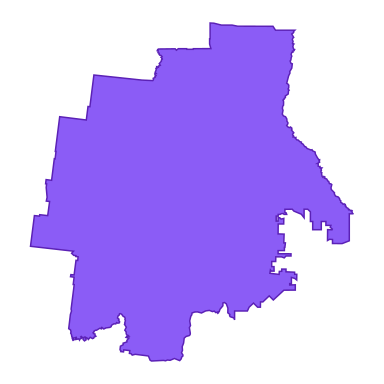 Horsham, Victoria, Australia
{"feature_id": "25037944B92361056365890", "entity_name": "Horsham", "entity_type": "district", "adm_level": 2, "iso_a3": "AUS", "parent_name": "Australia", "parent_adm1": "Victoria", "projection": "robinson", "projection_center": [142.219, -36.829], "detail": "fine", "context": "isolated", "style": "filled", "palette": "violet", "viewbox_px": 384, "rotation_deg": 0, "n_neighbors": 0, "source": "geoboundaries", "source_scale": "gbopen_adm2", "svg_char_len": 5933}
<svg xmlns="http://www.w3.org/2000/svg" viewBox="0 0 384 384"><path d="M93.9,75.0L89.9,106.7L88.0,106.5L86.3,120.0L59.7,116.7L55.3,151.4L56.0,151.4L55.1,158.9L54.3,158.7L51.6,180.3L46.1,179.6L45.6,183.8L46.6,183.9L46.2,187.5L47.1,197.3L46.3,201.1L49.6,201.5L47.7,215.6L39.7,214.7L39.5,216.1L34.4,215.6L30.5,246.3L73.5,251.2L71.6,253.3L73.8,255.4L75.9,255.6L75.8,256.5L78.1,256.8L77.7,260.5L76.0,260.3L74.1,274.9L70.9,274.6L70.5,276.7L74.1,277.2L73.2,284.5L74.2,284.6L71.1,309.1L71.5,311.0L70.4,314.4L68.7,328.7L70.5,329.9L71.0,331.8L70.7,333.2L71.4,334.4L71.9,337.0L72.6,337.4L72.2,338.2L72.9,340.2L72.5,340.7L74.2,339.7L72.8,338.6L76.2,337.3L76.5,338.0L75.7,338.8L75.8,339.5L78.7,338.9L79.5,340.0L79.7,339.2L81.2,338.5L81.4,337.6L80.7,336.9L81.2,336.4L81.8,336.8L81.9,337.9L83.2,337.6L83.1,339.5L84.5,340.9L86.1,339.8L85.9,338.4L84.8,337.7L85.0,337.0L87.5,338.3L88.3,339.5L90.2,337.3L92.5,338.6L93.7,338.1L93.9,337.3L95.9,336.2L95.0,335.4L95.0,334.0L93.5,333.6L93.1,332.7L94.1,331.8L93.9,331.3L95.3,330.3L96.6,330.2L99.7,328.3L101.4,328.8L101.4,327.8L101.8,327.4L103.8,329.0L106.0,327.9L109.9,327.4L111.2,326.6L111.2,325.9L111.9,325.0L113.9,323.8L115.8,323.9L116.6,322.6L117.8,323.2L119.4,322.8L119.6,321.6L118.5,320.1L119.0,319.2L117.5,318.0L118.0,316.0L119.1,315.2L119.5,313.8L120.1,313.6L121.6,314.2L123.2,316.4L124.6,317.0L125.2,318.6L124.9,319.5L125.4,320.6L124.7,323.1L125.0,323.8L124.5,324.4L126.3,327.2L124.8,330.2L126.1,331.8L126.2,333.7L126.7,334.9L128.3,335.5L128.1,335.9L128.6,336.2L126.6,336.6L126.0,337.4L128.8,338.1L126.9,340.4L126.9,341.9L123.1,343.2L123.2,344.7L120.4,346.2L120.0,349.8L121.0,351.0L120.8,351.6L123.5,351.9L123.8,349.9L129.8,350.6L129.4,353.4L131.1,353.7L132.2,355.1L135.2,354.3L147.8,355.9L148.5,356.2L150.1,360.2L151.5,361.0L163.5,360.4L165.5,360.8L167.5,360.0L170.1,360.3L174.4,358.5L179.7,360.6L181.2,358.9L181.7,357.1L182.9,356.0L182.9,354.9L181.5,352.8L182.5,350.3L182.2,346.7L183.6,343.1L184.2,338.1L186.2,336.4L189.2,335.6L190.1,334.7L190.3,333.3L189.4,327.6L190.5,325.5L189.7,320.9L190.8,316.3L191.8,314.8L192.0,313.0L194.8,312.0L197.5,311.9L201.5,313.0L205.7,310.9L209.4,310.4L212.5,311.6L214.2,311.1L215.8,312.6L217.1,312.2L217.8,313.3L218.5,312.7L217.9,312.0L219.3,311.4L219.9,309.4L222.9,305.8L222.9,303.0L224.4,302.5L226.3,303.8L227.9,308.2L227.8,312.8L229.8,314.4L229.6,315.7L230.2,316.7L233.8,317.9L234.6,319.9L234.6,311.0L247.4,311.0L249.1,307.2L253.5,303.1L257.6,307.2L260.4,307.2L260.5,301.9L262.9,301.9L269.2,295.9L273.3,300.0L283.9,290.2L295.3,290.1L295.3,284.8L289.7,285.0L289.7,283.6L291.4,283.6L291.4,277.4L294.7,278.4L296.7,280.0L296.8,274.3L294.7,274.3L294.6,272.2L286.0,271.8L286.0,269.1L281.7,269.1L281.7,271.3L279.3,271.4L279.1,274.4L269.9,273.3L270.4,270.0L271.2,271.1L274.1,271.1L274.0,266.6L271.7,266.6L271.7,261.5L275.7,261.5L275.8,256.8L281.7,256.9L284.2,257.9L286.0,256.0L291.0,256.0L291.0,253.8L278.1,253.7L278.1,250.6L284.4,250.6L284.4,247.4L284.9,247.4L285.4,242.9L283.8,242.9L284.1,234.1L278.1,233.9L278.2,224.0L283.7,224.0L283.8,218.4L281.7,219.0L280.7,218.8L279.7,217.7L278.1,217.7L278.1,221.1L276.2,221.1L276.2,216.1L278.2,216.1L278.2,214.4L280.1,214.4L281.3,213.7L283.3,213.5L284.0,214.4L286.7,214.4L286.2,212.9L284.9,212.4L284.9,209.3L292.2,209.2L293.9,211.1L301.3,214.2L304.1,217.8L304.1,209.2L307.7,209.2L310.4,211.8L310.4,221.5L312.7,221.5L312.7,229.7L321.3,229.7L321.3,221.5L325.9,221.5L325.9,225.4L330.9,225.4L330.2,227.2L332.3,229.1L332.0,229.8L327.6,229.6L327.5,240.5L329.6,239.3L332.5,239.5L332.5,243.5L342.1,243.6L349.3,240.8L349.3,213.8L353.5,213.8L352.4,213.3L351.9,211.4L352.2,210.8L351.7,210.4L350.7,210.7L349.2,209.4L348.5,209.7L348.1,208.4L347.1,207.9L345.9,206.9L346.0,206.2L345.2,205.9L345.3,204.5L344.3,203.9L343.1,204.3L342.7,203.5L340.7,202.3L340.8,200.8L339.7,199.8L339.6,198.7L338.9,197.7L338.1,196.9L335.5,196.1L334.3,193.8L334.5,192.8L331.3,189.5L331.0,187.8L331.8,184.6L331.0,183.9L329.4,183.6L328.7,181.4L327.9,181.1L326.7,179.0L324.5,178.2L324.9,177.0L323.8,176.4L322.9,177.3L322.2,176.5L321.6,174.1L321.8,172.7L321.2,172.6L320.9,171.0L321.4,170.4L321.1,169.1L321.5,168.6L320.9,168.3L321.4,167.9L320.3,167.9L320.1,166.9L319.8,167.2L319.6,166.6L318.2,166.2L318.2,163.4L317.6,163.4L319.6,162.2L319.1,161.1L319.5,160.8L319.6,159.7L318.9,159.8L317.5,157.9L315.4,154.1L315.1,152.0L312.6,150.8L312.0,149.7L311.0,150.0L307.1,148.5L305.7,146.7L304.7,146.6L303.0,144.1L301.4,143.3L301.4,142.1L299.7,141.6L298.3,140.1L296.7,139.8L295.7,138.5L295.9,137.5L294.8,137.7L294.4,137.1L293.0,136.9L293.5,135.8L292.7,135.0L292.6,134.2L293.8,132.8L291.5,130.1L292.0,129.1L291.5,128.5L291.7,128.0L290.5,127.0L289.5,127.6L288.4,127.3L286.7,125.6L287.9,123.7L287.9,122.6L287.0,121.4L286.8,118.9L285.5,116.7L283.4,115.9L282.3,114.1L283.0,110.4L282.4,108.3L282.7,106.3L283.5,105.3L283.6,102.8L283.5,101.0L283.0,100.1L284.3,99.0L284.2,98.4L285.4,97.6L285.3,96.0L288.2,94.0L288.5,90.7L289.1,90.2L288.1,89.0L288.7,87.8L288.8,85.2L287.7,83.8L286.7,83.3L288.6,75.9L290.0,73.0L289.7,71.7L291.8,68.1L292.3,63.8L291.0,63.4L290.1,61.0L290.9,60.0L291.2,57.6L291.8,56.2L291.1,54.4L291.7,52.6L293.0,52.0L292.5,51.2L294.0,50.7L294.6,49.5L293.7,49.3L292.8,46.6L293.2,45.8L293.0,44.7L293.9,44.0L292.5,43.3L293.1,41.3L292.3,39.8L292.7,38.3L293.7,37.4L291.7,34.0L293.2,33.0L293.8,32.0L293.6,31.3L294.8,30.2L275.5,30.2L273.0,26.3L237.6,26.2L232.2,25.1L221.5,25.1L213.9,23.2L210.1,23.0L210.1,38.8L209.6,38.8L209.6,44.1L210.9,48.6L193.3,48.7L193.2,49.3L186.8,49.3L186.7,48.7L178.3,48.7L176.4,50.2L175.2,48.8L158.6,49.0L157.7,49.5L157.3,50.5L158.1,50.4L158.0,52.7L159.2,53.3L159.0,54.2L159.8,55.2L161.0,55.4L162.0,56.5L161.0,57.3L162.1,58.3L161.8,58.9L162.2,59.2L161.3,60.2L161.4,61.1L159.2,63.7L160.3,65.3L158.4,66.1L158.4,67.2L156.7,66.7L156.9,68.2L155.9,68.4L156.2,69.8L155.1,72.4L156.2,73.6L154.8,73.9L155.2,75.4L155.8,75.6L155.0,76.4L155.4,76.8L155.0,77.5L153.2,78.3L153.5,79.6L152.8,80.6L142.1,80.1L93.9,75.0Z" fill="#8b5cf6" stroke="#5b21b6" stroke-width="1.5"/></svg>